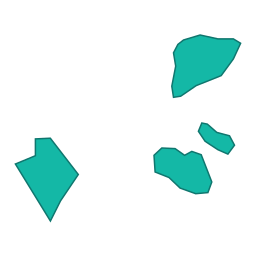 Mont Fleuri, Mercator projection
{"feature_id": "SYC-5215", "entity_name": "Mont Fleuri", "entity_type": "state/province", "adm_level": 1, "iso_a3": "SYC", "parent_name": "Seychelles", "parent_adm1": "", "projection": "mercator", "projection_center": [55.496, -4.623], "detail": "fine", "context": "isolated", "style": "filled", "palette": "teal", "viewbox_px": 256, "rotation_deg": 0, "n_neighbors": 0, "source": "natural_earth", "source_scale": "10m", "svg_char_len": 664}
<svg xmlns="http://www.w3.org/2000/svg" viewBox="0 0 256 256"><path d="M177.9,44.4L183.5,40.0L200.1,35.0L217.9,38.9L233.4,38.9L240.6,43.3L233.4,58.9L221.2,75.6L196.2,85.6L180.7,96.2L173.5,97.3L171.8,86.2L175.7,66.1L173.5,52.8L177.9,44.4ZM35.4,138.9L50.3,138.2L78.3,174.5L60.5,200.9L50.4,221.0L15.4,164.0L35.4,155.7L35.4,138.9ZM191.8,151.4L201.2,154.7L211.8,182.0L207.9,192.6L195.7,193.7L180.1,188.1L169.0,177.5L155.1,172.0L154.0,155.3L161.8,148.0L175.1,148.6L184.6,155.3L191.8,151.4ZM201.8,123.0L207.3,124.1L216.8,132.4L229.5,135.8L234.5,145.2L227.9,154.1L217.9,149.7L205.1,141.3L198.4,131.3L201.8,123.0Z" fill="#14b8a6" stroke="#0f766e" stroke-width="1.5"/></svg>